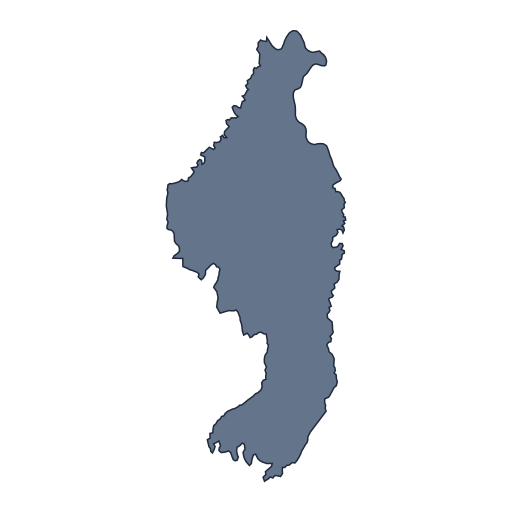 Mangueirinha, Paraná, Brazil (Equal Earth projection)
{"feature_id": "56859067B44041978289925", "entity_name": "Mangueirinha", "entity_type": "district", "adm_level": 2, "iso_a3": "BRA", "parent_name": "Brazil", "parent_adm1": "Paraná", "projection": "equal_earth", "projection_center": [-52.216, -26.037], "detail": "fine", "context": "isolated", "style": "filled", "palette": "slate", "viewbox_px": 512, "rotation_deg": 0, "n_neighbors": 0, "source": "geoboundaries", "source_scale": "gbopen_adm2", "svg_char_len": 5925}
<svg xmlns="http://www.w3.org/2000/svg" viewBox="0 0 512 512"><path d="M168.0,184.8L167.7,187.4L167.1,189.8L167.8,192.0L167.7,194.4L166.9,197.2L166.6,200.0L166.5,202.3L166.3,206.3L167.0,210.0L167.6,214.2L166.8,219.3L168.1,222.1L167.1,225.7L166.9,228.3L168.5,229.6L170.3,229.8L172.6,231.0L174.1,233.7L174.5,241.3L176.3,244.0L178.4,245.6L179.4,247.9L179.4,251.4L177.3,253.6L174.1,255.8L172.9,258.2L182.8,258.5L182.9,266.5L187.3,268.3L189.8,269.7L192.6,270.5L194.6,271.4L197.0,272.2L199.0,274.1L198.2,276.9L201.2,279.8L203.4,277.9L205.4,274.5L205.6,270.3L207.7,268.4L210.8,265.1L213.4,263.3L215.5,264.7L216.6,266.8L218.5,267.1L220.0,269.3L219.2,271.9L219.0,275.1L218.1,277.3L217.9,279.7L216.3,282.7L214.5,285.4L213.7,287.5L215.3,289.5L217.0,292.0L217.4,294.5L218.0,296.9L217.9,299.4L217.3,301.5L217.0,304.7L216.6,306.9L220.1,313.2L223.8,312.0L225.6,311.5L228.8,310.6L231.9,310.8L234.2,310.8L236.0,310.0L237.9,312.0L240.0,317.4L240.2,320.4L241.4,323.6L242.0,326.8L242.4,331.0L243.7,335.1L247.1,333.2L248.9,335.1L250.1,337.6L252.1,336.8L254.2,334.6L256.7,334.2L258.1,332.8L260.7,332.1L262.3,332.9L264.2,334.0L266.1,334.0L266.8,337.4L267.4,341.1L267.0,343.3L268.3,344.8L268.1,347.2L267.5,349.3L267.2,352.2L265.3,354.8L264.6,357.2L264.3,359.5L264.4,362.8L265.5,364.9L266.4,367.2L265.0,370.1L266.2,373.5L265.7,375.9L265.9,379.3L263.3,380.2L261.7,382.7L262.1,386.8L261.0,390.0L259.4,391.3L258.0,392.7L256.0,393.5L254.5,394.6L253.1,396.3L251.5,397.4L247.6,400.2L244.2,403.1L241.7,405.0L239.6,405.2L237.9,406.9L236.2,407.7L234.4,408.8L232.6,409.0L229.9,410.3L227.8,411.2L225.3,413.3L223.7,416.0L221.6,416.4L220.2,418.9L217.6,420.7L215.8,423.9L213.7,425.6L213.0,429.6L212.8,432.8L209.9,433.4L210.1,438.1L207.3,439.7L209.0,446.8L210.3,448.2L210.9,451.5L212.4,453.0L213.9,450.2L215.1,446.6L213.6,443.7L216.1,442.7L218.8,441.0L219.6,443.1L220.5,445.9L219.2,448.0L219.0,450.6L221.2,452.6L225.1,452.1L228.6,451.0L230.6,452.5L232.1,456.8L233.3,459.7L235.2,460.8L237.2,460.2L238.3,457.0L237.1,454.1L236.6,450.4L237.1,447.3L240.1,445.4L242.3,443.1L244.3,444.2L245.0,449.1L243.0,452.5L244.1,457.6L245.9,461.4L249.4,465.5L251.3,463.6L252.0,459.1L253.5,454.9L255.6,454.2L257.8,458.6L259.8,460.6L262.3,462.0L266.8,463.5L268.7,463.5L272.2,463.5L271.5,466.4L265.4,471.7L265.9,474.5L263.1,477.2L264.5,481.3L268.7,478.6L270.1,476.9L272.9,478.0L274.3,476.0L276.5,475.5L278.1,476.0L280.6,476.5L282.5,473.5L282.3,470.3L282.5,467.4L284.8,467.5L286.7,465.4L289.2,465.1L292.1,462.6L294.9,463.0L297.2,460.2L298.9,457.4L300.6,454.1L301.6,451.2L303.5,448.0L305.6,444.4L307.1,442.5L307.8,439.8L307.8,436.9L310.5,431.8L326.1,411.2L325.2,408.4L325.6,405.4L324.6,402.3L324.8,398.8L328.4,397.3L329.7,395.7L332.2,391.0L334.1,387.5L336.2,385.9L337.3,382.0L336.4,378.6L336.2,374.9L334.1,372.9L335.3,370.7L334.9,367.8L333.7,366.0L334.0,362.0L334.2,358.8L333.3,356.8L332.1,354.3L329.1,351.8L328.3,348.1L326.7,345.2L328.4,342.4L330.8,341.7L331.4,338.6L330.0,336.3L332.1,334.1L333.2,332.4L332.5,329.0L332.5,326.2L332.0,321.9L329.8,319.9L327.6,318.1L327.2,314.1L328.8,312.5L329.9,310.5L329.1,307.3L331.2,306.3L330.0,302.6L328.6,299.4L329.8,297.9L332.0,297.3L333.4,295.7L331.9,293.7L331.3,291.1L334.8,288.0L334.2,284.0L337.4,281.9L339.0,279.1L339.0,276.4L339.2,273.9L339.9,271.3L336.7,271.1L335.2,270.0L334.6,267.8L337.1,265.8L339.7,264.1L339.7,260.0L341.4,259.4L341.9,257.1L342.2,254.4L344.4,253.1L344.2,250.7L341.2,249.5L343.1,245.8L342.1,243.5L339.6,243.5L337.5,246.8L333.1,247.6L331.5,246.1L331.2,243.2L332.7,240.3L332.7,237.4L334.3,236.4L336.4,235.1L337.9,232.4L337.2,229.7L339.4,229.1L341.9,230.0L343.0,233.0L344.3,230.0L343.6,226.9L341.8,225.9L344.8,223.5L343.4,220.9L345.7,220.1L345.2,217.0L343.3,216.7L343.7,214.5L342.3,212.4L341.6,209.9L344.3,207.7L344.0,204.0L345.4,202.5L344.3,200.9L344.0,198.4L342.5,196.5L341.3,194.3L340.0,192.4L337.7,191.6L335.8,191.7L335.1,188.5L332.7,187.7L333.1,184.8L337.0,182.3L339.9,180.9L341.2,179.1L339.4,176.5L337.9,173.1L335.8,169.3L334.4,167.4L333.4,165.5L331.7,159.6L330.0,155.7L328.6,150.9L326.6,145.8L323.4,143.8L320.1,143.6L317.5,143.8L314.7,144.6L313.1,144.3L310.8,143.6L308.1,141.7L306.1,137.8L306.0,134.9L306.2,132.4L306.1,129.6L305.1,126.8L303.7,125.1L301.8,123.7L298.9,122.1L296.5,119.3L295.4,115.7L295.4,108.8L295.2,105.9L293.3,97.4L293.3,93.2L294.8,90.0L297.9,88.9L300.3,87.5L301.5,85.0L302.4,81.0L303.3,76.8L307.1,73.2L308.6,71.0L310.6,67.9L312.8,65.1L315.8,63.9L319.0,64.7L321.3,65.6L324.4,65.9L325.9,65.0L326.6,61.1L325.5,57.3L323.8,54.9L321.1,52.7L319.6,51.0L317.9,51.3L312.9,52.4L310.9,51.9L307.7,50.3L305.4,47.9L304.0,42.3L301.9,38.0L300.7,35.2L296.8,31.1L294.2,30.7L292.4,30.9L290.4,32.2L289.0,33.3L286.5,37.0L284.5,41.2L283.8,43.7L282.1,47.6L280.8,49.2L278.9,49.6L277.1,49.6L275.5,48.8L272.3,46.0L266.8,37.4L266.5,41.4L264.5,41.2L262.4,40.9L260.6,40.0L258.1,42.9L258.3,46.2L256.7,49.4L258.5,52.0L259.8,54.1L259.5,57.9L259.4,60.5L259.1,63.5L260.5,65.7L257.7,67.1L256.3,68.4L254.5,67.7L253.4,69.7L253.6,73.7L251.9,75.2L250.5,78.5L247.3,80.6L247.8,83.6L245.6,85.6L246.9,88.2L248.4,89.5L247.0,90.7L245.7,93.4L244.3,95.5L242.3,96.1L244.0,98.0L245.1,100.2L242.3,101.6L241.2,105.5L240.5,108.1L238.3,107.4L236.2,105.9L234.0,105.6L232.2,107.3L233.2,110.1L234.5,112.9L235.9,114.8L238.2,116.5L236.1,117.9L233.6,117.9L231.3,117.8L229.4,120.0L227.7,119.5L226.0,120.5L226.7,123.9L229.2,126.6L227.4,128.5L224.6,131.4L224.2,134.6L226.7,137.6L224.1,137.7L222.5,135.4L220.3,136.9L221.1,139.2L219.7,141.7L216.3,142.6L214.3,142.2L213.7,145.8L215.2,147.8L213.5,149.5L209.3,147.3L207.0,149.5L205.0,151.4L203.6,152.8L201.4,152.5L200.6,154.9L202.3,155.8L204.8,156.9L204.8,161.1L204.0,163.1L202.0,164.3L201.5,160.3L199.8,159.5L198.0,160.8L196.9,163.1L198.1,165.0L196.7,167.1L194.2,167.3L191.4,167.9L193.0,170.3L194.2,171.8L192.6,174.2L190.6,176.8L188.5,177.8L188.0,181.0L185.2,181.4L183.3,180.6L181.6,179.4L180.2,180.9L178.2,182.0L175.9,182.8L172.2,183.7L169.8,183.6L168.0,184.8Z" fill="#64748b" stroke="#1e293b" stroke-width="1.5"/></svg>